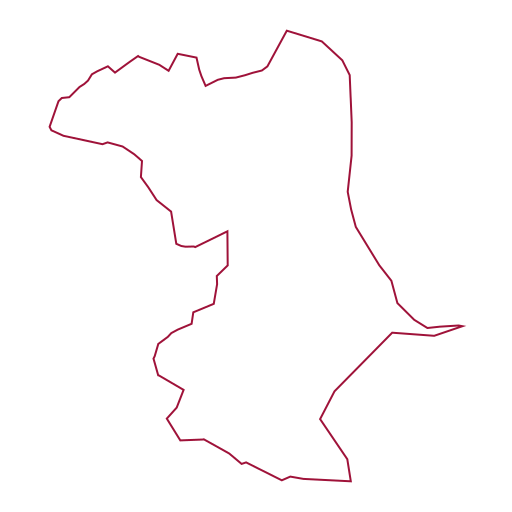 Uruan, Akwa Ibom, Nigeria
{"feature_id": "59680162B72404517830917", "entity_name": "Uruan", "entity_type": "district", "adm_level": 2, "iso_a3": "NGA", "parent_name": "Nigeria", "parent_adm1": "Akwa Ibom", "projection": "orthographic", "projection_center": [8.031, 5.008], "detail": "fine", "context": "isolated", "style": "outline", "palette": "rose", "viewbox_px": 512, "rotation_deg": 0, "n_neighbors": 0, "source": "geoboundaries", "source_scale": "gbopen_adm2", "svg_char_len": 1307}
<svg xmlns="http://www.w3.org/2000/svg" viewBox="0 0 512 512"><path d="M153.5,358.6L158.2,375.3L159.0,375.5L183.6,389.9L176.7,407.6L166.8,418.6L180.3,440.4L203.5,439.5L203.8,439.3L229.2,453.5L241.6,463.9L246.1,462.4L258.8,468.8L281.8,480.3L290.3,476.6L303.4,478.9L350.8,481.3L347.3,459.2L320.1,419.1L334.5,391.3L392.2,332.7L434.2,335.8L462.4,326.2L458.6,325.5L439.4,326.7L438.9,326.8L438.7,326.8L427.4,328.0L414.2,319.8L397.4,303.1L391.4,280.8L379.3,265.3L355.8,226.9L351.1,209.3L347.7,191.8L351.6,155.7L351.7,122.3L350.7,98.4L350.6,96.7L349.7,75.1L342.3,60.3L321.8,41.4L286.8,30.7L267.4,66.4L261.9,70.5L252.7,72.8L245.1,75.2L235.8,77.6L224.1,78.2L217.8,79.8L205.6,85.9L201.4,76.1L199.2,69.6L196.5,57.6L177.7,53.8L168.6,70.8L159.3,64.8L139.1,56.8L138.1,56.0L130.5,61.3L126.2,64.4L115.0,72.6L107.9,66.3L97.2,71.3L91.9,74.3L88.0,80.6L84.2,84.0L79.5,87.0L69.3,97.2L61.8,98.0L58.5,101.2L49.6,126.8L51.4,130.3L63.5,135.8L102.5,144.2L107.6,142.4L122.6,146.5L134.3,154.3L142.0,161.0L140.9,177.1L148.3,187.3L156.6,200.1L171.1,211.6L176.3,243.8L181.3,246.0L185.5,246.7L193.8,246.5L195.2,247.1L227.4,231.3L227.7,265.4L216.8,276.0L217.1,284.2L213.9,303.0L213.8,303.8L193.3,312.3L191.6,323.8L177.8,329.6L171.3,333.1L167.8,336.9L158.3,343.9L154.7,356.2L153.5,358.6Z" fill="none" stroke="#9f1239" stroke-width="2"/></svg>